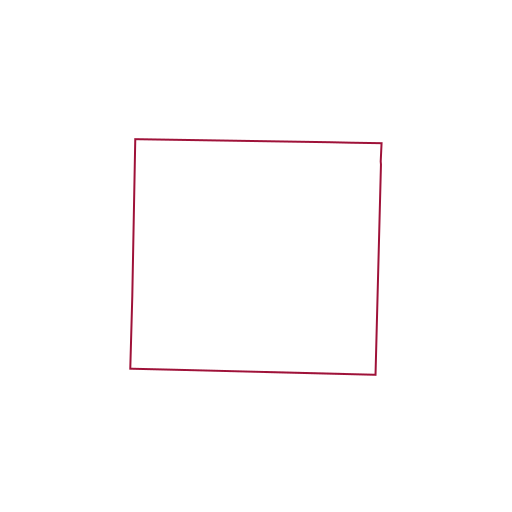 Coryell, Texas, United States of America (orthographic projection), rotated 212°
{"feature_id": "52423323B99652996528900", "entity_name": "Coryell", "entity_type": "district", "adm_level": 2, "iso_a3": "USA", "parent_name": "United States of America", "parent_adm1": "Texas", "projection": "orthographic", "projection_center": [-97.842, 31.39], "detail": "fine", "context": "isolated", "style": "outline", "palette": "rose", "viewbox_px": 512, "rotation_deg": 212, "n_neighbors": 0, "source": "geoboundaries", "source_scale": "gbopen_adm2", "svg_char_len": 295}
<svg xmlns="http://www.w3.org/2000/svg" viewBox="0 0 512 512"><g transform="rotate(212 256 256)"><path d="M91.7,218.6L198.5,399.8L200.3,402.2L209.3,418.2L235.5,402.4L253.7,391.6L420.3,291.1L339.4,156.0L302.9,93.8L270.0,113.3L91.7,218.6Z" fill="none" stroke="#9f1239" stroke-width="2"/></g></svg>